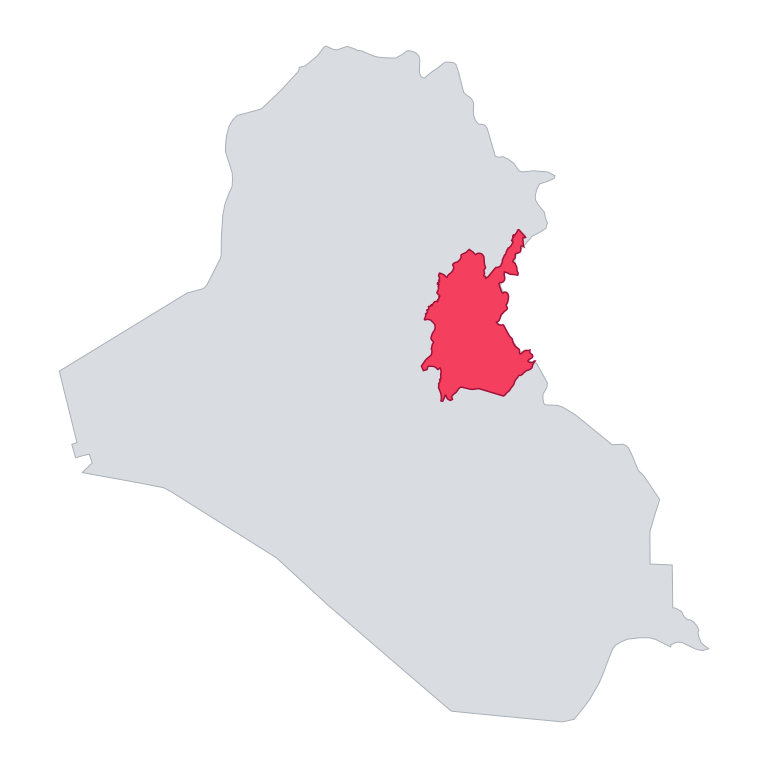 location of Diyala within Iraq
{"feature_id": "IRQ-3243", "entity_name": "Diyala", "entity_type": "Province", "adm_level": 1, "iso_a3": "IRQ", "parent_name": "Iraq", "parent_adm1": "", "projection": "natural_earth1", "projection_center": [45.079, 34.055], "detail": "fine", "context": "in_parent", "style": "filled", "palette": "rose", "viewbox_px": 768, "rotation_deg": 0, "n_neighbors": 0, "source": "natural_earth", "source_scale": "10m", "svg_char_len": 8859}
<svg xmlns="http://www.w3.org/2000/svg" viewBox="0 0 768 768"><path d="M299.1,67.4L305.4,65.8L317.2,56.0L324.2,46.9L326.4,46.1L332.5,49.1L336.9,49.9L347.1,46.4L353.1,48.3L358.2,50.6L361.1,50.7L374.7,56.4L378.1,57.1L385.1,57.8L395.6,58.1L402.3,54.4L407.1,50.8L410.5,50.9L413.7,51.8L416.4,53.3L418.8,56.0L419.8,59.8L419.4,72.0L420.4,75.3L422.2,77.6L424.6,78.0L427.4,75.4L432.4,71.5L438.6,67.3L443.2,63.4L445.8,62.0L449.9,62.2L453.9,62.8L456.1,64.7L456.2,65.3L458.3,71.1L463.7,92.5L466.7,95.2L470.3,97.5L472.7,100.7L473.7,103.9L473.4,108.9L473.5,114.7L474.9,119.1L476.9,122.5L478.8,124.2L481.6,124.3L485.0,125.2L487.2,128.5L494.4,153.0L495.2,156.2L498.2,157.2L503.2,156.7L508.3,159.3L513.7,163.2L518.9,170.7L522.4,171.9L533.2,170.8L548.0,172.0L555.0,175.8L554.3,178.2L548.9,180.9L539.5,184.0L536.8,189.3L535.2,196.1L535.5,199.9L537.8,204.1L544.5,212.5L544.9,215.6L546.1,219.8L547.4,222.7L546.0,228.3L540.0,232.2L532.0,236.4L516.1,255.1L514.9,259.1L515.0,270.2L513.4,273.3L508.4,273.3L504.4,272.7L504.2,276.6L501.7,281.7L500.3,286.2L506.2,296.8L507.2,302.5L506.3,307.6L500.9,316.4L497.6,322.4L498.4,323.7L502.7,326.1L515.9,345.5L520.2,352.3L525.8,350.5L527.9,350.6L529.6,351.7L530.6,354.0L530.6,357.0L529.2,361.3L536.3,363.1L538.9,367.5L547.3,382.7L547.0,387.2L543.0,394.3L543.0,399.1L543.8,403.3L545.1,404.8L557.4,405.4L562.7,407.1L575.5,414.9L590.1,426.8L602.0,436.5L612.2,444.8L623.1,444.2L626.1,445.7L628.8,448.3L632.0,455.1L638.3,470.5L643.6,475.6L651.9,487.9L659.7,499.5L654.7,515.2L649.9,531.6L650.0,552.7L650.1,564.0L660.6,564.5L672.2,565.0L672.4,578.6L672.6,592.2L672.8,607.7L676.2,608.4L681.7,611.7L684.1,616.7L687.0,619.5L690.5,619.9L694.1,622.4L697.5,626.9L698.8,630.3L697.9,632.6L698.7,636.7L701.1,642.6L704.1,645.3L708.7,648.7L702.5,650.7L695.8,649.2L681.5,642.3L676.9,642.1L670.9,644.7L670.7,647.0L655.6,639.4L650.1,637.9L648.2,637.7L639.6,637.8L627.3,639.2L620.1,642.3L615.1,645.6L612.8,648.8L612.0,650.5L608.2,660.1L603.7,672.3L599.0,683.3L590.0,698.8L584.9,706.0L574.1,719.3L562.4,721.9L535.1,719.3L504.8,716.4L474.7,713.5L452.3,711.3L450.6,710.6L428.5,691.7L411.0,676.7L389.2,657.9L367.0,638.8L344.5,619.4L328.2,605.3L308.4,587.2L290.4,570.7L276.3,557.7L258.0,546.3L243.8,537.3L223.1,524.4L206.6,514.0L192.4,505.1L170.7,491.4L163.4,487.7L140.8,483.2L119.3,479.3L97.1,475.3L82.3,472.6L92.2,462.9L89.3,454.2L82.2,455.8L75.6,457.9L71.8,444.3L76.9,442.6L72.6,424.9L68.1,406.7L63.7,389.1L59.3,371.1L78.3,359.5L92.4,350.9L112.2,338.8L131.2,327.2L149.3,316.1L169.3,303.9L187.1,293.0L203.4,288.6L206.8,285.1L214.4,270.2L220.8,257.5L221.2,254.5L221.4,236.4L222.8,215.3L225.0,203.9L228.7,193.9L232.1,186.6L232.5,179.8L232.2,172.9L228.9,162.4L225.4,151.5L225.9,140.9L226.7,135.3L229.0,126.3L232.9,119.7L237.0,115.6L252.4,111.4L261.4,108.9L273.7,97.3L280.9,90.4L291.0,79.4L298.5,71.3L299.1,68.5L299.1,67.4Z" fill="#d9dde1" stroke="#a8b0b8" stroke-width="1"/><path d="M523.8,246.6L522.7,245.9L521.1,246.0L520.7,247.6L520.8,249.6L520.5,251.6L518.7,252.9L516.8,253.1L516.0,253.4L515.3,254.4L515.1,255.3L515.3,257.0L515.1,257.9L513.2,260.1L512.7,261.4L513.7,262.5L514.3,262.8L514.9,263.3L515.4,263.9L515.8,265.4L516.5,266.3L516.7,266.9L516.9,268.4L517.0,269.9L517.2,271.3L517.9,272.4L518.1,272.9L518.1,273.8L517.9,274.6L517.7,275.2L517.3,275.2L515.8,274.7L511.3,274.4L509.2,273.9L507.0,272.6L504.4,271.9L504.1,274.1L504.7,277.4L504.6,279.8L503.9,281.0L503.0,282.0L499.6,282.8L498.9,283.9L501.0,290.5L501.8,292.3L503.0,293.2L504.3,292.1L505.8,292.1L507.2,293.0L508.2,294.6L508.6,296.5L508.4,298.5L507.6,302.4L507.2,303.1L506.3,304.7L506.2,305.4L506.5,306.3L507.4,307.7L507.4,308.6L506.7,309.6L504.0,311.8L503.1,312.9L501.4,314.3L500.7,316.1L500.1,318.2L499.1,320.5L498.6,321.0L497.9,321.5L496.5,322.1L497.9,324.1L499.4,325.0L501.1,325.1L503.1,324.8L503.5,325.0L509.4,335.9L510.3,337.0L511.3,337.8L512.2,338.8L512.6,340.2L512.9,341.8L513.4,343.2L514.1,344.6L515.0,345.9L516.0,346.9L519.1,349.2L519.5,350.4L519.5,353.3L520.0,353.9L521.1,353.6L522.2,352.9L524.1,351.0L525.3,350.4L528.6,350.4L530.0,350.0L529.7,352.5L530.9,353.7L532.3,354.7L532.8,356.5L532.0,357.8L528.8,359.7L527.8,361.1L528.9,362.1L530.9,362.6L532.9,362.3L534.1,361.1L534.5,360.9L534.8,360.9L535.2,361.0L534.1,362.3L533.1,364.1L532.8,364.7L532.0,367.6L531.5,368.2L530.8,368.8L529.3,369.7L528.5,370.1L527.6,370.2L526.6,370.6L523.5,373.0L522.8,373.9L522.3,374.4L521.5,374.9L520.5,375.4L520.2,375.4L519.4,375.2L519.1,375.3L518.7,375.7L518.0,376.9L515.7,379.7L515.1,380.7L514.6,381.6L514.4,382.7L513.8,384.4L512.9,385.8L511.1,387.9L509.6,390.3L509.2,390.8L506.6,393.0L505.6,394.2L504.7,395.3L503.4,396.0L478.8,388.6L472.4,389.4L470.1,389.2L462.4,387.3L460.4,387.2L459.2,388.2L457.7,390.1L456.2,392.3L453.3,394.6L452.2,395.8L451.5,396.8L452.1,398.0L452.5,399.3L452.2,399.4L451.5,400.0L450.8,400.3L450.0,400.3L449.3,400.0L448.0,399.3L447.5,398.8L447.0,398.2L446.7,397.4L446.1,395.8L445.7,395.1L445.2,395.3L444.8,396.5L444.1,398.6L443.4,399.7L442.9,401.0L442.4,401.3L440.9,400.9L441.3,399.7L441.3,396.6L441.1,394.9L440.6,392.8L439.4,389.7L438.6,388.0L438.7,383.5L439.3,382.6L440.0,381.8L440.0,381.5L440.0,381.2L439.8,380.6L439.6,379.9L440.1,378.6L440.1,379.4L439.9,379.6L439.9,379.8L440.2,379.9L440.5,379.7L440.8,378.5L440.7,373.6L441.0,372.8L441.1,371.9L441.2,371.6L440.6,369.4L440.5,368.5L440.0,367.9L437.9,369.6L435.5,367.3L434.2,366.6L433.5,366.4L428.4,366.2L427.9,366.7L427.0,369.6L423.4,370.6L421.4,366.1L425.0,360.8L426.0,359.6L427.5,358.2L428.7,357.3L431.3,354.9L431.8,352.8L432.0,350.8L431.3,348.9L432.3,344.5L432.5,343.9L433.5,342.4L433.5,342.0L433.3,341.7L432.0,340.3L431.5,339.8L431.2,339.1L431.0,338.3L431.1,337.6L431.2,336.9L432.4,333.4L434.7,329.7L435.1,328.3L435.1,326.8L434.9,325.2L434.4,324.0L433.6,323.0L430.6,320.1L429.6,319.7L427.8,319.4L426.0,319.6L425.0,319.9L424.7,319.8L424.5,319.6L424.5,318.9L424.5,318.5L425.3,317.4L425.5,316.4L425.9,315.1L425.8,314.7L425.5,314.1L425.6,313.8L427.0,312.8L427.3,312.6L427.4,312.1L427.4,311.7L427.4,311.4L426.9,310.6L426.8,310.3L426.9,310.0L427.2,309.7L427.7,309.6L428.5,309.6L428.7,309.3L428.7,307.3L428.4,306.8L428.4,306.6L428.6,306.4L429.2,306.3L430.0,306.3L430.3,306.2L430.6,306.0L430.8,305.5L431.3,304.7L431.7,304.7L431.8,304.8L431.8,305.1L431.6,305.4L431.7,305.6L432.0,305.7L432.3,305.3L432.5,304.6L432.8,304.1L434.2,302.0L434.4,301.8L435.0,301.6L436.0,301.5L436.7,301.0L436.9,301.0L437.5,301.6L437.8,301.2L437.8,299.7L438.0,299.3L439.0,298.6L439.1,298.3L438.9,296.7L439.8,296.1L439.0,295.1L438.6,294.8L438.1,294.4L437.5,293.7L437.1,293.2L436.9,292.7L436.9,292.4L437.4,291.5L438.1,290.1L438.5,288.6L438.6,287.9L438.1,286.4L438.7,285.7L439.1,284.4L438.9,284.3L438.7,284.3L438.3,284.5L437.8,284.5L437.7,284.4L437.7,284.1L438.2,283.5L438.2,283.4L438.0,283.2L437.5,283.5L437.5,283.4L437.5,283.1L437.8,282.5L438.1,282.3L439.3,282.0L439.5,281.8L439.6,281.5L439.3,280.8L439.1,280.6L438.6,280.4L438.6,280.2L439.4,279.4L439.6,278.8L439.6,278.4L438.6,275.7L438.7,275.0L438.9,274.2L439.6,273.2L439.9,273.0L440.5,273.4L441.8,273.9L442.8,274.2L443.4,274.5L444.1,274.9L446.5,277.2L446.9,277.4L447.1,277.3L447.4,276.4L447.8,275.6L448.6,274.7L449.7,273.7L450.8,272.9L451.7,272.0L452.5,270.9L453.6,268.6L453.7,267.4L453.5,266.5L452.9,265.5L452.7,265.0L452.7,264.5L453.0,264.0L453.7,263.4L455.0,262.6L456.9,262.0L457.7,261.7L458.6,260.9L459.9,259.6L460.8,258.1L461.1,257.2L461.0,256.0L461.0,255.4L461.4,254.8L462.2,254.2L463.9,253.5L466.1,252.4L469.2,249.4L472.7,251.8L474.1,253.2L474.7,254.0L475.1,254.4L475.6,254.5L475.9,254.4L477.5,253.4L478.1,253.3L478.8,253.2L480.2,253.4L481.0,253.6L481.7,254.0L482.6,254.7L483.1,255.4L483.7,256.3L483.9,257.0L484.1,259.9L484.3,261.7L484.3,262.6L484.4,263.5L484.8,265.4L485.5,267.5L485.5,267.8L485.4,268.1L484.2,269.6L484.0,270.0L483.9,270.3L484.0,271.3L484.4,272.5L484.5,273.4L484.2,274.4L483.7,275.3L483.7,275.6L483.9,276.0L484.0,276.1L484.6,276.3L485.3,276.4L485.4,276.6L485.6,277.0L485.7,278.3L487.9,277.0L495.1,268.2L496.0,267.4L496.4,267.5L497.8,267.3L499.0,266.9L500.2,266.1L500.7,265.8L501.0,265.3L501.3,264.1L502.1,262.8L502.4,261.8L502.4,261.6L502.3,261.1L502.3,260.6L502.4,260.0L502.6,259.5L502.8,258.9L503.5,257.6L504.4,255.3L504.7,254.9L505.0,254.6L505.4,254.5L505.5,254.2L506.2,252.4L506.4,251.4L506.9,250.2L507.5,249.5L507.8,249.0L508.0,248.1L508.8,248.0L510.5,246.4L511.0,245.7L512.5,243.2L512.9,242.4L513.0,241.9L513.0,241.3L512.7,241.1L511.7,240.9L511.5,240.4L512.2,239.8L512.4,238.7L512.7,238.3L513.2,238.0L513.5,237.4L513.6,237.1L513.1,237.1L512.9,237.1L512.8,236.9L512.7,236.2L512.9,235.8L513.3,235.1L513.5,234.8L513.8,234.7L513.9,234.9L514.0,235.4L514.1,235.5L514.6,235.1L515.1,234.9L515.6,233.9L515.9,233.4L516.6,232.5L517.2,231.6L517.4,230.6L517.9,230.0L518.3,229.7L518.8,229.7L519.7,230.4L520.0,230.8L520.4,231.4L524.9,236.2L525.6,237.4L524.8,237.7L524.5,237.7L523.7,237.5L523.0,237.5L522.9,237.6L522.8,238.2L523.4,245.6L523.8,246.6Z" fill="#f43f5e" stroke="#9f1239" stroke-width="1.5"/></svg>